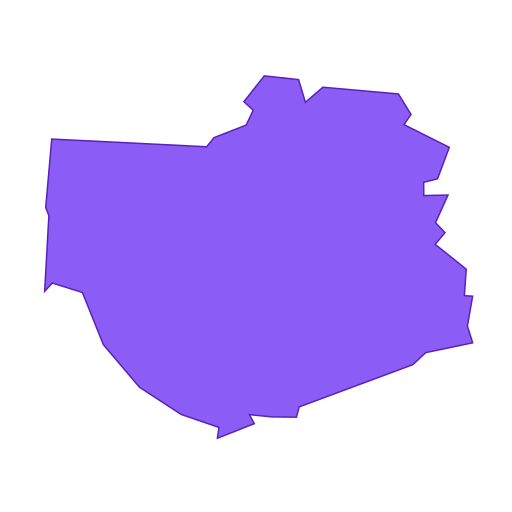 Smith, Tennessee, United States of America, rotated 266°
{"feature_id": "52423323B17760103371200", "entity_name": "Smith", "entity_type": "district", "adm_level": 2, "iso_a3": "USA", "parent_name": "United States of America", "parent_adm1": "Tennessee", "projection": "natural_earth1", "projection_center": [-85.954, 36.255], "detail": "fine", "context": "isolated", "style": "filled", "palette": "violet", "viewbox_px": 512, "rotation_deg": 266, "n_neighbors": 0, "source": "geoboundaries", "source_scale": "gbopen_adm2", "svg_char_len": 685}
<svg xmlns="http://www.w3.org/2000/svg" viewBox="0 0 512 512"><g transform="rotate(266 256 256)"><path d="M235.5,42.7L243.2,50.9L231.7,80.3L178.1,97.6L133.1,130.7L103.1,170.4L87.6,207.0L76.9,204.8L88.9,242.6L98.2,238.4L94.4,260.5L92.4,285.1L102.5,288.6L136.7,404.9L147.8,418.6L154.3,466.1L171.4,462.0L200.8,469.3L201.9,461.1L228.2,464.8L255.2,435.5L266.1,446.2L276.7,437.4L303.4,451.8L304.6,427.6L317.8,428.4L320.4,442.5L350.9,456.4L376.7,412.8L386.4,420.5L407.7,409.4L419.7,334.5L405.9,316.0L429.0,310.8L435.1,276.8L410.8,254.7L401.6,263.4L387.3,255.3L377.0,222.3L368.4,214.4L386.9,60.4L319.0,49.6L310.7,52.2L235.5,42.7Z" fill="#8b5cf6" stroke="#5b21b6" stroke-width="1.5"/></g></svg>